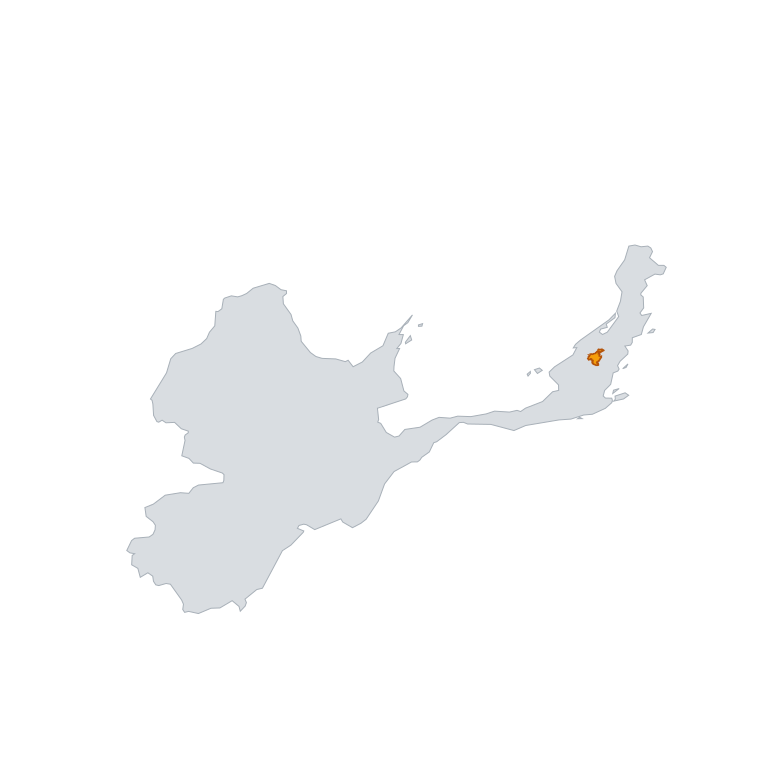 Thung Song, Nakhon Si Thammarat, Thailand (highlighted), rotated 245°
{"feature_id": "78962969B2531694567463", "entity_name": "Thung Song", "entity_type": "district", "adm_level": 2, "iso_a3": "THA", "parent_name": "Thailand", "parent_adm1": "Nakhon Si Thammarat", "projection": "natural_earth1", "projection_center": [99.635, 8.081], "detail": "fine", "context": "in_parent", "style": "filled", "palette": "amber", "viewbox_px": 768, "rotation_deg": 245, "n_neighbors": 0, "source": "geoboundaries", "source_scale": "gbopen_adm2", "svg_char_len": 7307}
<svg xmlns="http://www.w3.org/2000/svg" viewBox="0 0 768 768"><g transform="rotate(245 384 384)"><path d="M335.0,83.3L335.6,86.3L338.3,82.4L341.8,80.5L348.8,89.1L349.6,92.8L344.6,106.5L345.4,111.1L348.6,114.9L352.6,117.1L356.7,116.5L364.5,112.5L373.1,115.1L372.6,124.2L375.7,138.7L371.5,153.6L367.4,160.9L370.6,167.3L370.8,173.2L362.6,196.3L364.3,198.1L369.5,200.7L371.7,199.8L380.3,190.8L389.9,183.7L392.9,177.8L399.0,175.8L404.4,170.4L416.9,179.8L420.2,180.6L421.8,182.2L422.5,186.0L424.0,186.7L429.1,181.4L437.7,178.0L441.0,170.0L445.0,167.6L444.6,163.7L445.9,162.3L452.9,161.9L463.6,166.1L467.3,166.9L469.1,166.0L486.0,191.6L497.0,201.4L499.7,208.1L497.3,225.2L497.6,235.0L500.1,242.5L504.7,247.7L508.2,255.2L520.9,262.3L519.8,264.2L520.7,268.8L528.6,274.2L529.2,276.0L528.4,282.9L524.8,288.2L524.1,292.5L524.1,297.8L526.1,305.9L523.7,322.5L519.1,327.2L513.0,330.5L509.7,335.0L507.2,333.9L506.0,329.3L499.2,326.7L486.3,329.1L479.8,328.0L471.1,329.6L462.7,328.9L457.7,327.0L443.6,330.6L437.7,333.9L433.4,338.7L427.1,350.9L420.6,358.4L420.7,361.5L412.7,363.3L413.1,373.7L417.7,385.0L419.1,399.2L428.2,409.3L426.5,416.3L427.6,423.2L434.6,439.0L429.5,431.5L428.5,426.4L422.5,418.5L420.6,422.4L413.6,416.5L410.7,410.6L409.6,413.2L402.7,404.9L395.7,400.5L391.7,398.4L381.9,401.4L369.3,399.1L364.5,401.3L362.5,399.9L361.3,397.4L364.8,367.8L354.0,364.1L352.1,362.2L349.7,364.4L339.1,365.6L331.4,371.1L330.5,375.6L334.0,383.7L329.6,398.4L331.0,412.3L330.5,419.8L325.1,429.5L323.7,437.2L317.7,449.0L313.7,464.0L312.7,472.7L305.5,485.9L303.9,493.4L301.3,496.2L302.3,502.1L301.1,520.3L305.7,533.5L304.4,539.6L309.4,541.8L321.1,537.6L325.0,538.7L327.5,545.9L330.5,567.5L335.5,574.1L336.7,570.8L339.0,574.3L340.8,580.7L347.0,614.8L350.3,623.6L346.5,621.4L344.4,610.7L341.0,610.3L342.2,603.5L340.0,601.1L336.5,603.0L336.6,608.3L345.9,625.2L351.7,625.7L359.0,633.2L367.0,638.7L377.1,636.8L384.1,638.5L388.2,643.1L394.8,654.6L405.5,664.2L403.9,670.2L399.7,675.0L397.5,681.4L394.5,683.3L390.5,683.3L386.2,678.0L375.6,682.8L373.2,687.8L370.5,689.1L365.8,683.6L366.2,680.5L369.1,676.0L368.3,664.2L361.9,664.1L357.7,655.2L356.3,654.4L353.3,655.7L343.2,651.5L340.2,646.0L337.2,646.5L335.1,656.0L326.2,643.3L320.1,638.1L321.0,628.6L316.8,626.6L315.0,624.0L316.6,618.3L310.8,619.2L308.1,617.6L304.8,607.5L301.9,603.4L298.2,603.4L296.9,601.4L297.2,596.4L287.9,589.3L284.9,581.2L280.5,577.6L277.7,578.7L274.9,584.4L272.7,584.1L270.8,582.5L268.4,574.3L268.5,560.1L271.5,551.9L273.2,538.6L277.5,527.4L286.5,494.9L286.9,482.1L302.2,463.8L312.4,442.9L315.7,439.8L317.2,435.9L311.9,419.0L309.4,407.3L309.8,404.3L303.3,396.4L301.6,387.2L299.9,384.4L299.3,381.4L301.7,376.0L300.4,356.1L293.2,342.3L280.4,329.5L269.0,310.7L267.5,304.1L267.1,294.7L276.3,288.3L280.0,287.9L281.3,259.7L289.2,254.3L290.9,252.0L291.7,247.2L289.8,244.5L284.7,249.2L283.7,248.1L277.3,231.5L275.9,221.5L250.3,187.5L251.5,181.8L247.8,167.1L244.0,166.9L241.4,164.3L238.8,157.7L243.7,158.6L251.8,154.8L250.4,140.6L253.9,132.4L254.4,118.8L260.5,110.8L261.3,106.8L264.7,106.3L269.2,109.2L273.8,109.3L292.8,105.8L295.3,102.2L296.5,94.7L298.4,92.3L302.6,91.7L307.6,93.2L312.7,90.2L311.8,81.4L320.9,83.0L326.8,78.9L335.0,83.3ZM275.4,588.3L274.1,598.8L270.4,601.0L269.2,594.8L271.4,584.9L272.4,587.2L275.4,588.3ZM333.4,526.4L332.8,531.6L329.5,533.2L328.7,527.5L333.4,526.4ZM412.8,421.0L416.7,428.3L412.2,427.7L411.3,420.6L412.8,421.0ZM318.9,652.7L316.9,649.6L318.6,644.8L320.3,650.7L318.9,652.7ZM281.4,589.4L280.5,595.2L278.7,587.3L281.4,589.4ZM333.5,521.9L331.8,521.2L330.3,517.9L332.4,517.9L333.5,521.9ZM297.0,606.8L299.1,613.6L296.7,610.4L297.0,606.8ZM423.0,440.2L422.4,444.5L420.4,442.8L421.7,439.6L423.0,440.2ZM271.1,547.3L268.9,548.9L270.7,544.8L271.1,547.3Z" fill="#d9dde1" stroke="#a8b0b8" stroke-width="1"/><path d="M316.8,592.5L316.8,592.4L317.1,592.4L317.2,592.2L317.3,592.3L317.3,592.2L317.5,591.9L317.5,591.7L317.8,591.4L318.0,591.4L318.3,591.3L318.5,591.3L318.7,591.2L318.8,591.3L319.0,591.5L319.0,591.4L319.1,591.5L319.2,591.4L319.3,591.5L319.3,591.4L319.3,591.5L319.5,591.6L319.4,591.7L319.6,591.8L319.9,592.0L320.0,591.9L320.0,592.0L320.3,592.1L320.5,592.1L320.8,592.1L321.0,592.0L321.0,591.9L321.1,592.0L321.2,591.9L321.3,591.8L321.3,591.7L321.4,591.8L321.4,591.7L321.5,591.7L321.7,591.4L321.8,591.4L321.9,591.5L322.1,591.5L322.2,591.8L322.1,592.0L321.8,592.2L321.8,592.3L321.9,592.5L322.0,592.5L322.1,592.4L322.3,592.3L322.3,592.5L322.2,592.6L322.1,593.0L321.9,593.1L322.0,593.2L321.9,593.3L321.8,593.5L321.7,593.7L321.6,593.9L321.3,593.7L321.2,594.2L321.3,594.4L321.4,594.5L321.7,594.8L321.6,595.2L321.6,595.4L321.5,595.6L321.4,595.6L321.4,595.8L321.4,596.1L321.4,596.4L321.5,596.6L321.5,596.8L321.6,597.1L321.5,597.3L321.6,597.5L321.8,597.4L322.0,597.3L322.1,597.2L322.3,597.1L322.4,596.9L322.5,596.7L322.6,596.4L322.9,596.3L322.9,596.2L323.0,596.2L322.9,596.1L323.0,595.9L323.0,595.7L323.3,595.5L323.5,595.6L323.7,595.0L323.8,594.8L323.9,594.7L324.0,594.4L324.0,594.2L323.9,594.0L324.1,593.9L324.5,593.6L324.8,593.3L324.8,593.1L324.8,592.9L324.7,592.8L324.7,592.6L324.3,592.3L324.2,592.2L323.9,592.1L323.6,592.0L323.5,591.7L323.4,591.4L323.4,591.0L323.5,590.7L323.3,590.4L323.2,590.3L323.1,590.2L323.0,589.8L323.0,589.5L323.0,589.3L323.0,589.2L322.8,589.0L322.6,589.0L322.6,588.8L322.6,588.7L322.4,588.5L322.5,588.0L322.7,587.4L322.7,587.2L322.9,586.8L322.9,586.7L323.0,586.5L322.9,586.0L322.7,585.9L322.8,585.7L322.9,585.3L322.9,585.2L323.1,585.1L323.4,584.9L323.5,584.8L323.4,584.6L323.4,584.3L323.4,584.2L323.5,584.2L323.8,583.8L323.9,583.7L323.4,583.5L323.3,583.4L323.2,583.3L323.2,583.2L323.1,582.9L323.3,582.4L323.5,582.1L323.2,582.2L322.8,581.9L322.7,582.0L322.4,581.8L322.3,581.7L322.2,581.7L322.3,581.3L322.3,581.1L322.2,581.0L322.1,580.8L322.1,580.6L321.9,580.6L321.6,580.5L321.4,580.3L321.3,580.2L321.2,580.1L321.2,579.8L321.0,579.4L320.6,579.5L320.3,579.5L320.2,579.6L319.8,579.6L319.6,579.8L319.3,579.8L319.3,580.0L319.3,580.3L319.2,580.8L319.5,581.2L319.5,581.3L319.5,581.5L319.6,581.8L319.4,582.1L319.2,582.5L318.9,582.7L318.6,582.5L318.5,582.4L318.3,582.5L318.2,582.4L318.0,582.5L318.0,582.4L317.9,582.5L317.9,582.4L317.7,582.4L317.6,582.5L317.4,582.6L317.1,582.7L317.1,583.0L316.8,583.3L316.6,583.3L316.6,582.6L316.4,582.3L316.1,582.3L316.1,582.2L316.0,581.8L315.8,581.8L315.6,581.7L315.3,581.7L314.9,581.6L314.6,581.7L314.5,581.8L314.5,582.0L314.4,582.1L314.2,582.2L314.2,582.3L313.8,582.1L313.7,582.0L313.4,582.2L313.3,582.4L313.2,582.6L313.1,582.8L312.9,582.8L312.7,582.8L312.5,583.0L312.4,583.3L312.4,583.2L312.3,583.3L312.3,583.5L312.2,583.7L312.0,583.8L311.8,583.8L311.3,584.0L311.2,584.3L311.1,584.7L311.0,584.8L311.0,585.2L310.8,585.2L310.7,585.3L310.6,585.6L310.5,586.1L310.7,586.3L310.8,586.4L310.8,586.5L311.2,586.6L311.7,586.8L311.9,586.8L311.8,586.7L311.7,586.5L311.8,586.2L312.1,586.1L312.3,585.9L312.4,586.0L312.7,586.0L312.8,586.1L312.8,586.4L312.9,586.6L313.0,586.6L313.3,585.9L313.5,585.9L313.8,585.9L313.9,586.0L314.0,586.2L313.9,587.1L314.0,587.3L314.0,587.6L314.0,588.0L314.0,588.5L314.5,588.5L314.5,588.8L314.6,589.1L314.6,589.3L314.7,589.6L314.8,589.7L314.8,589.9L314.9,590.0L315.1,590.3L315.3,590.3L315.5,590.4L315.6,590.5L315.7,590.8L315.8,590.9L315.8,591.0L315.8,591.4L315.9,591.5L316.0,591.9L316.1,592.0L316.3,592.3L316.6,592.4L316.8,592.5Z" fill="#f59e0b" stroke="#b45309" stroke-width="1.5"/></g></svg>